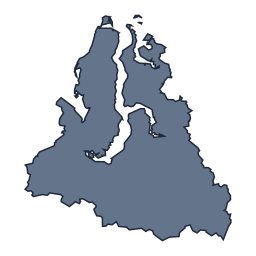 Yamal-Nenets, Albers equal-area conic projection
{"feature_id": "RUS-2382", "entity_name": "Yamal-Nenets", "entity_type": "Autonomous Province", "adm_level": 1, "iso_a3": "RUS", "parent_name": "Russia", "parent_adm1": "", "projection": "albers", "projection_center": [74.427, 67.879], "detail": "fine", "context": "isolated", "style": "filled", "palette": "slate", "viewbox_px": 256, "rotation_deg": 0, "n_neighbors": 0, "source": "natural_earth", "source_scale": "10m", "svg_char_len": 5764}
<svg xmlns="http://www.w3.org/2000/svg" viewBox="0 0 256 256"><path d="M61.1,97.7L74.8,108.1L74.3,109.3L75.2,111.2L81.5,117.7L82.2,119.6L81.5,121.4L82.2,122.6L85.1,120.2L84.6,119.1L89.5,109.1L88.4,108.6L90.5,107.5L86.5,108.1L85.0,106.6L82.6,99.5L83.6,94.9L81.5,95.4L76.3,90.9L75.0,92.1L75.5,94.2L74.5,93.1L74.7,89.5L76.1,84.5L77.9,85.3L79.4,83.0L78.1,80.5L79.7,76.7L79.6,74.4L81.0,69.8L79.9,67.9L76.7,69.0L76.5,66.7L78.8,62.9L77.3,64.3L77.0,63.1L79.5,58.6L84.1,56.6L89.6,51.9L89.4,51.0L92.1,44.8L94.7,35.8L94.5,34.8L95.8,32.3L95.4,31.6L98.1,26.6L100.8,26.6L99.4,28.2L111.3,28.2L113.9,29.9L112.7,30.3L113.1,30.7L114.6,30.0L118.8,32.6L118.1,32.7L118.6,33.7L118.1,34.9L118.7,36.5L118.4,38.6L118.8,41.3L116.4,48.6L115.3,49.7L115.1,52.9L111.5,57.4L113.3,61.4L116.6,64.7L116.5,67.2L117.8,70.3L116.7,75.2L117.1,79.1L114.8,81.9L116.0,84.5L115.0,86.9L116.3,91.1L114.8,94.9L115.7,99.2L114.6,99.7L115.6,102.2L114.3,104.5L114.9,109.4L121.8,116.8L122.6,119.4L121.8,118.9L118.3,124.3L118.2,126.8L119.1,129.5L119.0,131.7L118.0,132.4L118.3,135.0L114.1,136.3L112.6,139.4L113.0,140.7L112.6,142.2L109.8,142.6L111.1,145.6L110.3,144.6L108.6,146.1L109.2,147.6L107.1,150.4L103.6,149.5L105.2,151.1L105.5,155.6L102.2,155.4L102.7,156.1L98.2,158.1L95.1,155.4L98.3,154.0L98.7,153.1L95.4,154.6L92.3,150.5L89.8,152.0L88.3,151.0L84.8,151.1L85.8,152.0L85.6,155.1L95.3,161.6L104.0,161.7L108.5,164.5L111.1,163.4L112.1,158.9L111.3,158.5L123.4,149.9L124.4,147.6L124.3,143.1L130.9,134.7L131.5,130.0L130.7,125.6L127.7,120.9L128.7,118.4L128.3,116.1L128.8,114.0L140.7,108.6L144.3,108.8L145.1,110.9L144.9,112.9L150.0,117.6L149.5,118.9L149.9,120.5L149.0,122.3L150.5,123.5L149.5,128.6L150.4,130.1L148.8,131.7L149.1,133.0L153.5,135.9L153.8,137.4L164.3,136.2L162.3,135.2L162.7,134.6L160.4,135.8L159.6,135.2L160.7,134.5L159.3,133.8L159.1,135.2L155.0,134.4L155.5,133.5L154.1,132.6L152.0,133.2L151.7,130.1L152.5,129.2L151.6,128.3L152.0,125.5L156.6,122.3L154.8,119.9L154.5,117.4L153.4,117.6L152.0,109.5L140.1,103.3L136.2,102.9L133.4,106.2L130.9,106.7L127.6,105.4L125.0,106.6L123.7,105.2L124.7,99.7L122.0,93.1L123.8,86.3L123.5,84.6L127.7,77.3L127.7,74.3L125.1,70.5L124.9,68.1L122.7,62.3L119.3,58.7L122.5,54.0L122.7,50.8L132.0,44.4L132.7,40.1L132.3,35.1L130.3,30.6L132.1,29.2L135.0,31.7L134.0,33.2L136.1,35.2L135.3,37.0L136.6,40.9L135.2,44.0L134.8,47.4L133.6,48.3L133.5,51.7L135.2,53.9L134.6,54.9L135.6,56.4L133.7,58.3L133.9,60.1L139.4,63.2L144.6,63.4L144.8,65.7L145.3,63.4L150.5,64.1L151.8,67.4L154.9,68.8L159.1,67.6L159.3,66.0L155.1,68.4L155.4,64.8L153.5,64.5L153.6,61.5L151.3,61.7L151.6,59.3L149.9,61.3L148.0,60.3L148.4,60.9L140.3,55.7L138.4,48.9L143.8,45.9L148.5,50.1L151.7,48.9L152.3,46.8L150.7,44.3L146.9,44.5L147.4,42.2L148.6,42.7L151.2,38.7L153.6,38.6L153.3,39.3L154.7,41.0L154.5,42.1L156.5,43.8L161.4,44.6L165.8,47.6L164.0,49.0L164.6,50.0L164.7,52.4L160.1,53.8L160.3,56.2L159.0,57.9L159.7,59.8L164.7,63.2L168.7,64.4L169.3,68.4L170.2,69.5L169.8,71.2L171.0,72.4L170.3,75.6L171.7,76.8L171.5,77.7L167.6,77.3L164.7,80.7L163.4,84.2L162.3,83.6L162.6,85.6L159.5,89.3L161.5,92.0L160.7,92.8L164.2,93.5L167.3,99.5L173.6,99.8L175.5,101.6L179.7,99.8L180.1,96.2L182.1,98.0L181.1,100.1L181.8,101.1L186.3,101.3L186.7,102.4L185.7,103.7L187.0,104.8L187.9,108.0L191.9,110.7L187.9,113.1L189.7,114.6L190.4,118.5L189.5,121.3L188.4,121.3L188.8,126.0L184.0,127.0L187.4,130.7L187.2,132.2L187.7,133.1L190.1,134.3L189.3,136.8L190.4,138.4L188.7,140.4L198.1,148.0L199.6,150.7L198.1,152.2L198.5,155.3L202.9,160.1L201.3,163.0L203.6,165.9L203.9,167.6L208.2,167.6L210.9,169.4L210.2,171.4L213.0,172.8L214.4,177.0L212.8,181.2L213.7,183.2L213.1,185.1L218.5,183.8L219.0,185.8L221.1,187.0L224.2,184.8L226.8,185.4L227.1,188.0L228.2,189.1L228.0,191.8L230.4,195.4L230.5,199.6L227.3,202.7L226.0,208.9L224.1,210.5L226.7,211.5L228.4,214.7L230.6,214.1L229.6,218.6L230.9,219.9L230.8,222.9L228.6,226.0L223.3,239.7L220.8,236.0L218.7,235.9L216.1,232.9L211.7,235.7L206.2,232.1L205.9,230.5L200.3,230.0L197.1,232.9L192.7,230.6L190.0,225.0L185.2,226.2L185.0,227.9L179.5,232.6L179.0,236.5L169.4,237.1L162.4,240.6L153.9,234.3L152.5,230.7L149.3,229.5L145.8,231.4L141.6,228.3L129.2,229.8L126.7,227.2L118.7,226.4L116.4,221.7L112.2,224.7L107.7,224.2L106.0,226.1L102.5,226.3L102.4,218.1L101.0,216.3L96.8,215.8L94.5,211.2L93.9,209.2L96.0,207.0L96.0,205.4L92.1,202.1L89.4,202.5L82.9,198.8L79.6,199.2L80.5,201.5L79.4,203.6L75.5,201.7L69.4,206.5L61.2,201.6L61.3,199.5L62.9,196.4L60.9,194.7L49.8,192.9L47.5,195.2L42.5,194.6L33.3,196.5L31.8,195.0L32.8,194.2L32.7,192.5L31.0,190.8L27.9,191.2L25.1,189.2L28.1,185.9L28.5,183.9L27.6,182.6L29.2,179.6L30.3,174.8L27.7,173.1L27.1,167.3L25.3,165.0L32.8,163.2L33.6,159.2L36.2,156.0L37.7,156.5L37.6,154.7L39.6,151.9L54.4,145.7L54.6,142.7L55.8,142.2L55.8,140.8L63.9,134.8L63.6,133.0L61.7,132.9L62.4,131.2L65.2,130.8L64.1,128.5L65.0,125.9L60.0,125.4L59.2,123.4L59.7,118.9L63.5,112.8L62.0,110.4L61.7,107.4L56.3,104.6L56.7,102.1L61.1,97.7ZM112.2,21.9L112.4,25.8L110.4,22.8L101.3,25.1L102.8,21.1L102.4,17.8L105.5,16.0L109.8,16.9L109.1,17.2L108.9,20.0L108.2,20.9L110.0,21.3L110.9,19.3L112.2,21.9ZM147.8,33.8L152.7,36.4L149.1,40.4L143.4,40.1L147.8,33.8ZM93.7,157.0L91.5,158.5L89.0,156.0L88.4,152.3L86.1,151.5L93.3,153.9L93.0,155.5L93.7,157.0ZM127.1,24.5L130.9,24.9L131.6,25.6L130.1,25.2L129.8,29.7L126.4,26.3L127.1,24.5ZM138.0,15.4L137.0,17.2L134.6,17.7L134.9,16.7L133.5,18.5L135.3,15.5L138.0,15.4ZM78.2,93.8L77.4,96.4L75.8,95.5L77.2,93.7L78.2,93.8ZM141.8,22.8L141.5,23.9L138.5,22.5L138.8,22.3L141.8,22.8ZM75.3,73.5L74.4,71.6L75.1,68.2L75.3,69.0L75.3,73.5ZM109.9,17.9L110.4,19.7L109.1,20.4L109.9,17.9ZM139.0,15.4L142.0,17.9L138.0,16.1L139.0,15.4ZM75.1,96.2L77.7,96.5L76.3,97.8L75.1,96.2ZM76.7,64.2L75.7,67.7L75.2,67.6L76.7,64.2ZM76.0,73.7L76.9,77.0L76.3,76.5L75.3,74.9L76.0,73.7Z" fill="#64748b" stroke="#1e293b" stroke-width="1.5"/></svg>